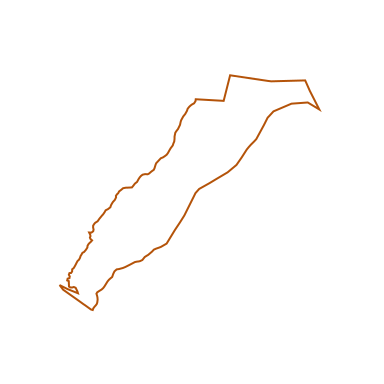 Maranhãozinho, Maranhão, Brazil (Natural Earth projection), rotated 26°
{"feature_id": "56859067B901254953540", "entity_name": "Maranhãozinho", "entity_type": "district", "adm_level": 2, "iso_a3": "BRA", "parent_name": "Brazil", "parent_adm1": "Maranhão", "projection": "natural_earth1", "projection_center": [-45.993, -2.425], "detail": "fine", "context": "isolated", "style": "outline", "palette": "amber", "viewbox_px": 384, "rotation_deg": 26, "n_neighbors": 0, "source": "geoboundaries", "source_scale": "gbopen_adm2", "svg_char_len": 2563}
<svg xmlns="http://www.w3.org/2000/svg" viewBox="0 0 384 384"><g transform="rotate(26 192 192)"><path d="M113.8,333.7L119.0,336.3L139.1,339.6L143.6,340.4L145.8,340.7L152.7,341.9L154.5,341.6L154.3,339.9L154.7,337.7L155.2,336.1L155.5,334.4L155.3,332.9L154.4,330.2L153.3,328.3L152.3,327.0L150.7,325.3L150.8,323.7L151.9,321.8L153.5,319.3L154.3,317.3L154.7,315.3L155.3,309.4L155.8,307.3L156.6,305.3L157.5,303.4L157.1,300.0L157.1,297.3L158.2,294.6L160.1,293.3L163.2,290.6L164.9,288.7L167.8,284.9L171.4,280.0L173.2,278.6L174.5,277.8L175.6,276.9L177.2,274.9L178.0,271.2L179.2,269.2L180.2,267.7L182.2,263.1L183.0,260.5L184.6,258.6L186.7,256.5L188.1,255.0L191.8,249.5L193.3,233.6L194.5,224.7L195.4,216.5L195.6,194.6L195.6,191.5L197.1,186.1L203.9,176.3L207.9,170.1L215.4,158.7L220.1,148.2L221.5,139.2L222.6,129.8L223.3,126.8L224.2,123.6L224.8,121.9L225.7,119.3L226.6,116.3L227.3,100.2L227.4,92.0L228.0,90.2L229.9,83.8L242.7,69.0L256.8,60.8L270.2,62.0L253.5,49.4L248.4,45.1L247.1,44.0L244.8,42.1L214.7,57.8L211.5,58.9L175.1,70.4L180.5,96.2L154.7,107.0L155.3,108.8L155.0,111.4L153.7,113.2L153.0,114.5L152.2,116.5L151.6,119.1L151.9,121.2L151.7,124.9L151.0,127.9L150.8,132.2L151.0,133.7L151.8,136.9L151.8,139.5L151.8,141.6L151.3,143.9L151.0,146.0L152.0,149.8L153.0,151.9L153.9,154.4L154.0,156.6L154.3,158.6L153.6,162.1L153.4,165.0L153.3,167.4L152.9,169.6L151.8,171.8L150.6,173.8L149.2,175.3L148.7,176.9L147.7,180.2L147.2,181.8L147.3,183.4L147.9,187.2L147.9,188.9L147.1,190.3L146.3,191.9L145.3,194.3L144.4,195.5L142.0,196.5L140.0,198.1L139.1,199.9L138.6,201.8L138.3,204.1L138.2,207.0L137.0,209.5L136.5,212.1L136.0,214.2L133.2,215.8L130.7,217.1L129.6,217.9L128.4,218.8L127.5,220.9L126.2,223.5L126.2,225.4L125.6,226.9L125.3,228.8L126.1,230.1L126.1,232.9L125.3,235.6L125.1,237.5L125.0,239.5L125.3,241.5L124.0,244.2L122.4,246.3L122.3,248.4L121.9,251.1L121.4,252.7L120.9,254.9L120.5,256.5L120.0,259.7L118.5,262.1L118.1,263.6L117.9,265.6L118.7,267.3L120.0,268.9L120.4,270.6L119.4,272.6L117.3,273.5L119.1,274.9L120.1,276.1L120.2,277.7L121.3,278.7L123.4,279.3L122.9,281.2L122.2,282.9L121.8,284.4L121.7,286.2L122.3,287.8L122.0,290.4L121.3,293.2L120.2,294.7L120.1,296.7L119.9,298.5L120.2,300.2L120.1,302.4L119.4,304.1L119.3,306.0L119.3,307.8L119.2,310.3L119.0,312.3L118.2,314.0L119.1,316.0L118.8,317.8L117.4,318.6L117.6,320.4L119.1,321.4L119.6,323.2L118.2,324.4L118.6,326.2L120.3,326.1L121.6,328.5L122.9,330.9L124.5,331.1L126.1,330.4L127.4,329.2L129.4,329.1L131.3,330.6L132.5,331.5L133.9,333.0L122.9,333.8L121.4,333.8L113.8,333.7Z" fill="none" stroke="#b45309" stroke-width="2"/></g></svg>